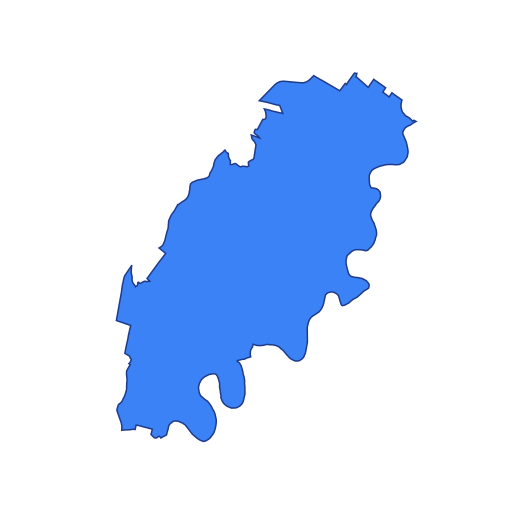 the district of Culciu, Satu Mare, Romania, rotated 104°
{"feature_id": "2599482B46211160445455", "entity_name": "Culciu", "entity_type": "district", "adm_level": 2, "iso_a3": "ROU", "parent_name": "Romania", "parent_adm1": "Satu Mare", "projection": "equal_earth", "projection_center": [23.072, 47.736], "detail": "fine", "context": "isolated", "style": "filled", "palette": "blue", "viewbox_px": 512, "rotation_deg": 104, "n_neighbors": 0, "source": "geoboundaries", "source_scale": "gbopen_adm2", "svg_char_len": 6116}
<svg xmlns="http://www.w3.org/2000/svg" viewBox="0 0 512 512"><g transform="rotate(104 256 256)"><path d="M308.1,378.8L316.7,378.6L323.8,377.8L352.4,375.9L353.7,360.8L363.8,360.6L366.7,360.3L375.1,360.1L382.2,359.7L382.4,358.7L382.7,358.3L383.4,355.3L384.4,354.0L385.7,353.1L386.5,351.8L389.1,352.3L390.6,352.9L391.1,353.3L391.4,352.9L391.7,351.8L391.9,351.8L396.6,353.2L398.4,353.6L399.6,353.6L402.2,353.0L405.1,351.9L407.9,351.0L410.5,350.7L416.9,349.3L419.7,349.4L422.9,349.5L429.3,350.9L430.4,351.3L433.3,353.4L433.9,353.6L438.2,353.8L438.9,353.6L439.4,353.7L450.8,346.2L453.9,344.9L457.6,344.1L456.5,341.2L455.1,336.3L454.0,333.8L453.7,332.6L453.6,331.3L449.0,331.4L448.9,328.8L449.1,314.7L454.6,314.7L456.7,311.2L457.0,310.3L456.9,309.4L456.5,308.4L454.3,306.4L454.3,306.2L454.6,305.6L455.0,305.0L455.6,304.3L451.2,299.5L448.1,299.6L445.3,299.4L442.3,299.6L440.8,299.3L439.3,298.5L436.9,296.7L436.1,295.7L435.6,294.5L435.2,292.0L435.2,291.1L435.6,288.8L435.8,288.0L435.8,287.1L437.1,283.7L444.3,274.6L447.2,268.9L448.2,265.7L448.5,263.7L448.6,262.0L448.1,260.8L447.2,259.6L445.4,257.8L443.8,256.6L441.9,255.7L439.6,254.8L439.3,254.6L437.0,254.0L434.0,253.8L430.3,253.9L426.5,254.4L424.2,255.1L418.9,257.7L416.3,259.7L415.2,260.9L413.0,262.7L410.5,265.4L408.6,268.0L407.5,271.0L404.9,276.0L402.4,278.0L398.9,279.5L397.4,280.0L395.4,280.1L393.5,280.1L389.5,279.2L387.9,278.3L385.9,276.9L382.3,272.8L381.8,271.5L381.0,270.1L380.6,268.6L380.3,267.4L380.6,266.1L381.3,265.0L382.8,263.7L387.7,260.8L389.4,260.2L391.2,259.9L393.3,259.1L395.1,258.2L398.1,257.1L399.9,256.2L401.9,255.8L404.6,254.0L406.5,252.1L407.6,250.4L408.8,247.7L409.5,243.2L408.5,239.4L407.4,237.4L405.1,235.1L402.6,233.7L399.9,233.2L392.7,233.3L385.1,235.3L382.8,236.2L379.8,236.8L376.3,238.3L373.6,239.9L371.2,240.9L367.0,243.3L365.3,244.6L363.7,246.2L363.2,247.4L363.0,248.6L362.0,248.8L359.1,243.3L359.1,242.7L359.0,242.4L358.5,241.7L357.3,240.4L355.1,236.7L352.8,237.9L351.4,238.1L349.0,238.4L347.5,238.2L345.2,237.4L342.3,237.5L342.6,233.8L341.9,230.0L340.7,226.9L339.2,224.2L338.0,216.9L338.1,214.3L338.7,211.5L340.0,209.4L340.8,207.2L344.7,201.8L347.1,198.2L347.9,195.2L348.4,192.7L347.8,190.1L347.0,188.5L344.7,186.4L343.0,185.5L341.1,184.9L340.4,185.0L338.6,184.6L335.2,184.7L327.0,185.3L312.9,189.0L307.6,189.1L304.8,188.7L302.0,187.6L300.1,186.1L298.1,184.0L296.5,182.8L295.0,181.3L292.7,180.2L290.2,179.4L286.9,178.9L284.1,178.9L277.3,179.2L275.6,178.4L274.3,177.4L272.6,174.3L272.4,172.9L272.5,171.4L272.7,170.1L273.2,168.5L274.4,166.6L275.6,165.7L279.2,163.7L282.4,161.7L283.1,160.9L283.2,160.0L282.7,158.8L282.1,157.9L279.1,154.6L276.6,152.9L274.8,151.5L273.4,150.1L272.3,148.8L271.1,147.6L263.9,142.8L260.9,139.8L259.9,139.0L257.6,139.0L256.0,139.5L254.7,141.0L253.3,143.0L252.6,145.5L252.1,147.9L252.3,150.3L252.2,151.3L252.8,155.0L252.8,159.0L252.0,160.3L250.9,161.7L249.5,162.6L246.1,164.5L242.0,166.6L239.5,167.3L237.9,167.6L234.7,167.7L233.3,167.5L228.7,164.4L227.5,163.3L226.4,162.0L225.5,159.9L224.8,156.9L224.4,154.2L224.4,150.9L223.4,149.0L221.4,147.8L219.7,146.6L217.4,145.6L215.3,144.8L211.6,144.3L210.0,144.4L207.5,144.2L205.9,144.2L203.4,145.0L201.8,145.6L195.5,149.5L193.8,151.3L190.4,153.8L188.6,154.7L186.6,155.0L184.6,154.8L181.4,153.9L177.8,152.4L176.5,152.0L172.9,150.0L170.3,149.5L168.9,149.4L167.1,149.8L164.0,151.1L162.2,153.4L161.5,155.6L161.6,158.2L162.1,160.4L160.7,161.9L158.9,163.2L153.2,165.0L150.6,165.6L148.5,165.4L145.1,164.4L142.8,162.6L140.4,159.6L139.0,157.6L136.3,152.7L135.3,150.0L134.4,146.9L133.7,142.7L132.8,139.7L132.3,138.7L131.2,137.7L130.1,136.2L129.0,135.3L127.0,134.5L123.3,133.3L119.9,133.4L117.9,133.7L115.5,134.6L110.1,137.2L108.9,137.9L101.6,143.3L99.6,143.4L97.6,143.0L95.6,142.2L93.5,140.4L91.5,137.8L90.1,136.7L88.7,135.4L86.7,133.2L86.1,135.6L87.3,136.6L85.0,140.3L84.2,142.9L83.8,144.7L80.9,148.7L79.3,149.8L78.1,150.5L75.2,151.7L72.5,152.1L69.3,152.1L66.1,160.4L64.7,163.6L69.4,165.3L66.3,172.6L61.4,170.9L56.1,184.5L65.2,187.9L58.1,201.6L58.0,202.3L54.4,202.3L54.6,203.0L54.6,204.2L54.7,204.7L55.0,204.9L65.7,209.1L67.7,209.6L67.3,210.2L67.0,211.2L75.4,214.7L69.7,234.2L69.5,235.1L67.9,240.9L67.1,243.4L67.0,243.6L72.1,246.7L73.0,247.4L74.5,248.7L76.2,251.3L76.8,253.1L78.0,260.2L79.6,270.9L80.1,272.8L81.0,274.9L81.8,276.0L83.4,277.7L84.9,278.9L104.5,290.4L104.4,286.4L104.2,282.7L104.4,273.3L104.2,269.4L111.2,264.5L111.4,276.0L111.2,277.0L111.3,283.5L113.6,281.7L114.7,281.2L118.4,279.8L120.3,279.9L120.9,280.2L121.6,281.3L121.8,281.9L121.8,282.5L132.7,285.2L132.9,285.3L133.2,286.9L133.3,287.3L133.6,287.5L136.3,287.7L136.9,287.6L137.3,287.2L139.0,283.3L140.6,281.1L139.7,289.9L143.2,288.2L144.5,286.8L145.3,285.2L148.2,282.9L161.5,281.7L162.5,282.0L163.0,282.4L165.7,285.4L166.7,286.1L167.0,286.1L169.0,285.4L170.3,284.8L171.4,286.0L171.6,286.5L171.7,288.1L172.0,290.4L172.3,291.1L173.2,292.4L173.3,292.8L172.7,294.8L171.4,297.6L171.3,298.1L171.5,299.1L171.8,299.7L172.9,301.1L173.3,301.9L173.4,303.1L169.6,303.9L168.9,304.8L167.7,305.8L165.9,306.9L163.2,307.7L162.7,309.3L162.0,310.5L160.8,311.7L161.0,311.8L161.2,312.2L162.8,312.9L166.0,315.4L166.8,315.8L167.3,316.5L170.3,318.0L172.8,319.0L176.5,319.2L179.2,319.0L184.1,319.8L186.4,320.7L190.0,320.8L191.6,322.0L192.2,322.7L192.8,323.9L193.1,323.9L196.6,331.3L199.6,335.2L200.3,336.0L202.1,337.0L202.7,336.9L204.6,336.9L207.8,336.3L209.7,336.3L211.7,336.1L213.8,336.2L215.2,336.5L217.3,337.4L219.6,339.0L221.5,341.0L224.7,343.5L224.9,343.9L224.9,344.3L231.7,346.1L234.8,347.4L237.0,348.2L242.5,349.2L243.3,349.2L250.3,348.0L255.5,348.3L263.2,348.2L268.3,349.1L269.3,349.8L271.7,352.0L275.3,344.3L280.2,346.3L284.8,348.4L304.2,356.3L306.2,352.8L306.5,353.0L306.4,353.8L306.7,354.7L307.3,355.9L307.4,356.3L307.2,356.9L307.3,357.7L308.6,359.6L309.0,360.1L309.8,360.6L310.5,361.5L310.4,362.8L309.9,363.3L309.8,363.5L309.9,363.9L310.6,364.3L310.9,364.3L311.6,363.9L313.6,364.1L314.0,364.3L314.2,364.9L315.0,365.5L313.9,366.4L311.9,369.0L310.6,369.8L310.2,369.9L309.5,370.4L306.5,371.0L303.5,372.5L301.7,373.2L297.3,374.1L294.9,374.2L306.9,378.6L308.1,378.8Z" fill="#3b82f6" stroke="#1e3a8a" stroke-width="1.5"/></g></svg>